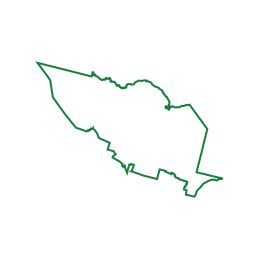 the district of La Libertad, Petén, Guatemala, rotated 14°
{"feature_id": "79465075B31281143780542", "entity_name": "La Libertad", "entity_type": "district", "adm_level": 2, "iso_a3": "GTM", "parent_name": "Guatemala", "parent_adm1": "Petén", "projection": "orthographic", "projection_center": [-90.603, 16.998], "detail": "fine", "context": "isolated", "style": "outline", "palette": "green", "viewbox_px": 256, "rotation_deg": 14, "n_neighbors": 0, "source": "geoboundaries", "source_scale": "gbopen_adm2", "svg_char_len": 5310}
<svg xmlns="http://www.w3.org/2000/svg" viewBox="0 0 256 256"><g transform="rotate(14 128 128)"><path d="M205.2,109.8L204.8,109.5L202.0,107.2L200.0,105.5L199.3,104.9L198.2,104.1L196.9,102.8L196.0,102.1L191.9,98.8L190.4,97.4L189.2,96.5L188.5,95.9L187.1,94.7L184.8,92.8L182.1,90.5L181.8,90.6L181.2,90.9L180.3,91.4L180.0,91.5L179.6,91.5L179.2,91.5L178.3,91.9L177.6,92.7L177.2,92.9L176.3,93.3L175.7,93.5L174.8,93.5L174.6,93.6L174.2,94.2L173.6,94.6L173.1,95.3L172.9,95.4L171.9,95.7L171.0,95.8L169.8,96.4L169.3,96.4L168.5,96.7L167.7,96.5L166.8,96.2L166.5,96.2L166.2,96.3L165.5,96.3L165.4,96.4L165.3,96.8L165.2,96.9L164.9,96.6L164.7,96.6L164.6,96.8L164.6,97.0L164.8,97.2L164.8,97.3L164.7,97.4L164.1,97.4L163.9,97.5L163.7,99.0L163.3,99.7L163.4,100.2L163.2,100.4L162.9,100.4L162.7,100.1L162.9,99.7L162.6,99.4L161.8,99.3L161.1,99.4L160.5,99.3L160.2,99.5L159.8,99.5L159.7,99.3L159.3,98.6L159.2,98.4L159.3,98.1L159.5,97.8L159.8,97.7L160.2,97.7L160.6,97.5L161.2,97.6L161.6,97.7L161.8,97.7L162.4,97.4L162.6,96.9L162.7,96.5L162.5,96.2L162.4,95.8L162.0,95.5L162.0,95.3L162.3,95.2L162.3,94.3L162.2,93.6L162.1,93.3L162.0,92.8L161.8,92.6L161.0,91.6L160.5,91.2L159.8,90.3L159.2,89.9L158.5,89.1L158.3,88.7L158.2,88.5L157.7,88.3L157.4,88.3L157.0,88.3L156.9,88.2L156.4,87.8L156.2,87.4L155.9,87.1L155.3,86.7L154.5,86.5L154.3,86.3L154.2,86.1L154.2,85.6L153.8,85.5L153.6,85.3L153.5,85.2L153.6,84.9L153.5,84.7L153.1,84.7L152.8,84.7L152.7,84.6L152.4,83.8L151.9,83.3L151.5,83.1L150.9,83.0L150.2,82.7L149.2,82.5L148.8,82.2L148.4,81.8L148.0,81.6L146.9,81.4L145.6,81.3L144.9,81.1L144.3,81.2L144.0,81.2L142.9,80.8L142.4,80.4L141.9,80.2L141.3,80.1L140.9,79.9L140.4,79.4L139.9,78.7L139.7,78.5L139.4,78.3L138.0,78.2L137.0,77.9L136.4,77.9L135.8,77.9L135.0,77.8L134.9,77.8L134.6,78.3L134.4,78.3L134.3,78.1L134.3,77.9L134.5,77.5L134.5,77.4L134.4,77.4L133.8,77.7L132.6,77.7L132.0,77.9L131.6,78.2L130.6,78.6L129.8,79.1L129.6,79.1L128.8,79.1L127.9,79.3L126.9,79.4L126.5,79.6L126.3,79.9L125.8,80.5L124.8,81.2L124.0,82.0L123.7,82.5L123.4,83.5L123.1,83.9L122.9,84.3L122.0,84.7L121.3,84.8L120.9,85.0L120.5,85.0L119.8,84.8L117.6,85.4L117.3,85.6L117.0,86.0L116.4,86.2L116.2,86.4L116.2,86.8L116.5,87.6L116.4,88.9L116.3,89.0L115.7,88.9L115.5,89.0L115.7,89.4L115.7,89.7L115.1,89.8L114.7,90.2L114.5,90.3L113.8,90.5L113.7,90.3L113.7,90.1L113.4,90.0L113.0,90.4L112.8,90.7L112.5,90.9L112.3,91.0L111.5,90.6L111.0,90.2L110.8,90.0L110.5,90.0L109.9,90.1L109.7,90.0L109.4,89.7L109.2,88.6L108.6,88.7L108.3,89.0L107.4,89.8L107.2,89.9L106.8,89.5L106.8,89.1L106.6,88.6L106.3,88.5L105.8,88.4L105.6,88.3L105.5,88.0L105.2,87.8L104.5,87.1L103.9,86.7L103.3,86.5L102.8,86.4L102.6,86.6L102.0,87.1L101.7,87.1L101.0,87.1L100.4,87.1L99.8,87.0L99.7,87.0L99.7,86.9L99.8,86.7L100.2,86.5L100.3,86.3L100.2,86.2L99.5,85.9L99.3,85.7L99.2,84.7L99.0,84.4L98.8,84.4L98.6,84.5L98.4,84.8L98.2,84.8L98.1,84.2L97.9,84.0L97.6,84.1L97.5,84.8L97.4,84.9L97.3,85.0L96.9,84.8L96.7,84.9L96.2,85.0L95.9,85.3L95.5,85.3L95.4,85.3L95.0,84.7L94.8,84.7L94.7,84.9L94.6,85.6L94.2,85.5L94.0,85.9L94.1,86.6L94.0,86.8L93.6,86.8L92.3,86.8L92.1,86.9L91.8,87.5L91.7,87.7L91.5,87.8L91.0,87.8L89.9,87.4L89.1,87.2L88.8,87.1L88.4,86.7L87.5,86.5L86.8,86.1L86.3,85.6L85.5,85.6L84.8,85.1L84.2,85.1L83.9,85.1L83.5,84.7L83.4,84.3L83.3,84.1L83.1,84.1L82.9,84.2L82.8,84.5L82.6,85.2L82.4,85.2L82.2,85.1L81.9,84.8L81.5,84.1L81.3,83.7L81.1,82.7L80.9,82.5L80.3,82.4L80.2,82.4L80.2,86.8L50.3,86.7L24.5,86.7L38.8,98.5L41.1,100.7L47.7,116.4L63.5,129.8L77.2,140.2L88.6,141.3L88.7,141.1L89.5,140.8L89.6,140.4L90.1,140.3L90.2,140.2L90.4,140.2L90.9,140.1L91.1,139.9L91.4,139.6L91.7,139.0L91.7,138.7L91.4,138.7L91.7,138.5L91.8,138.5L91.9,138.3L92.1,138.1L92.2,137.9L92.4,137.8L92.4,137.5L92.6,137.5L92.9,137.7L93.0,137.5L93.2,137.4L93.5,137.2L93.7,136.9L93.7,137.1L93.8,137.3L94.1,137.4L94.4,137.1L95.8,137.8L97.6,139.2L99.1,140.6L100.5,142.3L102.3,144.8L113.9,146.8L113.4,153.8L119.8,154.0L121.3,155.8L122.3,156.3L120.4,159.4L120.1,159.4L120.2,160.4L128.1,162.6L131.4,164.3L131.2,165.9L132.4,166.7L132.9,166.8L133.2,166.0L133.8,165.2L134.5,165.8L134.3,166.5L136.0,169.0L136.5,169.4L136.6,169.8L137.9,171.7L138.0,164.8L138.1,163.2L139.5,163.2L139.5,162.3L142.6,162.3L142.3,166.8L142.2,166.8L142.1,168.9L141.7,169.2L154.7,170.4L168.5,170.5L168.7,160.5L174.9,160.5L174.8,161.3L181.0,162.3L181.1,160.9L181.6,161.0L181.5,161.6L182.5,161.5L182.5,161.1L183.6,161.4L183.6,161.8L185.1,162.4L185.0,163.4L185.8,163.5L186.2,164.5L188.7,164.6L189.4,164.8L189.4,164.6L189.8,164.7L189.9,165.3L190.3,165.4L196.2,165.6L196.1,165.8L198.6,165.9L198.6,168.4L198.0,168.4L197.9,171.1L197.2,171.1L197.1,174.2L199.9,174.3L200.3,178.6L208.9,178.6L209.2,178.3L209.6,177.0L209.8,176.2L210.1,172.5L210.2,172.1L210.4,171.6L210.8,171.0L211.8,169.5L212.6,168.1L214.2,164.6L214.6,163.9L215.1,163.3L216.8,161.9L219.0,159.8L220.1,158.9L221.5,158.0L222.2,158.0L222.9,157.5L223.8,157.4L226.1,157.4L226.5,157.4L227.0,157.2L227.3,157.1L227.4,156.9L227.8,156.3L228.2,155.8L228.6,155.5L228.8,155.4L229.2,155.4L229.6,155.2L230.2,155.0L231.0,155.0L231.3,154.8L231.4,154.7L231.5,154.2L229.6,154.1L228.2,154.2L226.5,154.2L226.2,154.2L216.7,154.3L212.9,154.2L209.7,154.4L208.4,154.3L206.4,154.4L205.2,154.3L205.3,127.6L205.2,127.5L205.2,120.0L205.3,119.4L205.2,119.2L205.2,118.6L205.3,117.4L205.2,117.3L205.2,117.2L205.2,109.8Z" fill="none" stroke="#15803d" stroke-width="2"/></g></svg>